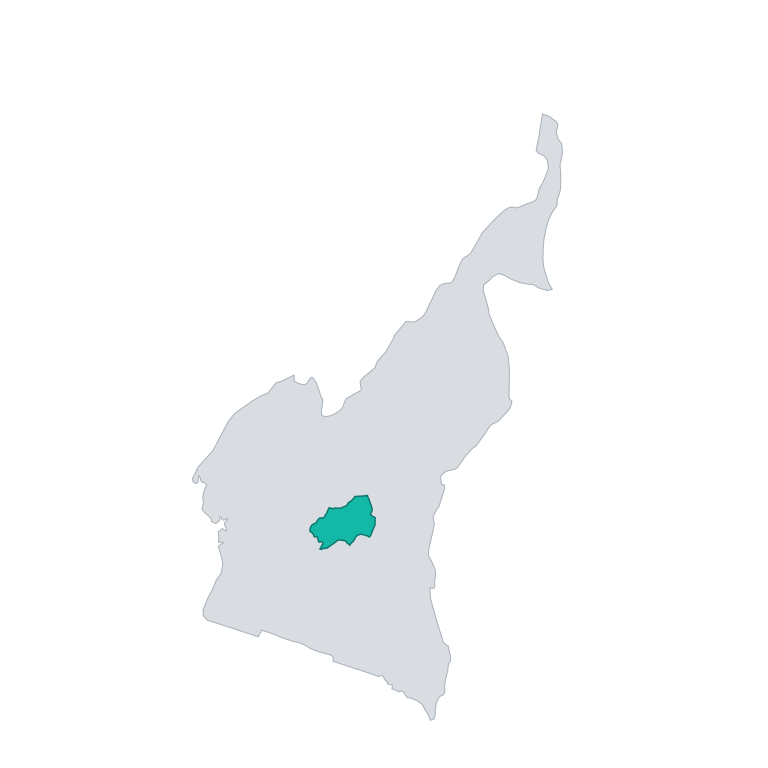 Haute-Sanaga, Centre, Cameroon shown in context, rotated 18°
{"feature_id": "32672807B25561230915667", "entity_name": "Haute-Sanaga", "entity_type": "district", "adm_level": 2, "iso_a3": "CMR", "parent_name": "Cameroon", "parent_adm1": "Centre", "projection": "equal_earth", "projection_center": [12.366, 4.679], "detail": "fine", "context": "in_parent", "style": "filled", "palette": "teal", "viewbox_px": 768, "rotation_deg": 18, "n_neighbors": 0, "source": "geoboundaries", "source_scale": "gbopen_adm2", "svg_char_len": 5038}
<svg xmlns="http://www.w3.org/2000/svg" viewBox="0 0 768 768"><g transform="rotate(18 384 384)"><path d="M232.1,523.9L233.2,519.7L241.9,500.1L247.3,468.7L249.8,461.4L252.3,456.4L264.9,439.8L269.5,434.4L276.3,428.3L281.1,416.1L282.8,414.8L284.9,413.8L295.6,403.4L296.6,405.4L297.3,407.9L298.1,409.0L301.6,409.8L306.4,409.8L309.1,409.1L310.6,407.0L312.1,401.2L313.0,400.1L314.1,399.8L319.3,403.8L327.9,415.2L330.1,417.2L331.1,419.4L332.9,429.8L334.0,432.3L335.9,433.4L339.2,432.7L342.7,430.9L345.8,428.2L348.8,424.8L350.9,421.7L351.8,419.5L352.2,411.0L352.9,409.2L364.1,397.0L363.9,395.8L362.0,392.4L360.4,388.6L362.0,384.7L363.8,381.7L370.3,371.6L370.7,364.2L375.9,352.7L378.9,337.4L378.9,334.4L385.7,317.7L392.8,316.1L395.6,313.8L398.8,309.6L400.8,305.7L401.7,302.1L402.5,294.9L403.7,286.8L404.5,279.7L406.6,273.2L410.2,269.9L416.4,267.1L417.3,265.8L418.2,261.5L419.1,247.0L420.1,240.6L425.9,233.3L428.4,222.0L430.6,210.2L437.1,195.8L444.7,181.6L448.3,177.8L451.2,176.0L454.7,175.8L457.0,174.8L465.2,167.7L468.6,165.3L471.1,162.8L471.8,160.7L472.0,157.5L471.2,150.2L472.6,144.8L473.4,136.5L473.7,130.0L473.4,127.7L471.9,123.9L469.4,119.9L465.3,117.4L459.7,116.8L456.7,115.3L455.6,107.8L455.2,103.1L451.3,78.4L458.4,78.4L467.0,81.4L469.2,83.6L470.3,92.1L473.5,96.9L478.9,100.8L482.3,109.0L483.7,121.4L486.8,128.8L487.4,130.0L491.7,144.0L492.0,150.4L491.6,154.8L493.4,160.2L490.8,169.4L490.0,175.1L489.8,183.0L491.4,197.0L494.0,207.8L496.7,216.6L499.7,223.4L504.7,230.9L509.9,237.8L514.8,242.1L510.3,244.6L501.5,244.9L496.5,243.5L494.1,243.4L491.7,244.3L482.3,245.6L472.9,245.0L464.1,243.3L458.8,243.6L454.7,247.7L451.4,254.0L448.2,259.0L449.3,264.5L451.7,267.5L456.2,274.2L460.3,280.7L462.4,285.1L470.5,294.6L478.4,303.2L482.1,306.1L483.5,306.8L487.7,311.7L493.7,319.7L499.1,332.3L506.8,357.5L508.4,359.6L511.0,360.9L511.3,363.6L511.2,367.6L510.4,370.8L504.3,384.0L499.0,389.1L497.4,392.2L495.5,399.8L490.6,414.8L488.6,416.9L483.8,427.1L479.9,439.9L478.9,441.9L477.3,443.5L471.7,446.7L469.8,448.2L467.0,452.3L466.6,454.8L467.9,458.5L469.5,461.4L472.5,461.4L474.0,464.2L474.1,484.0L472.7,487.0L472.8,488.4L472.1,491.8L471.9,495.6L472.4,497.2L473.5,498.4L475.0,501.1L475.9,507.2L477.8,528.7L478.7,532.1L480.3,534.5L485.2,539.1L490.4,545.2L492.0,549.2L493.0,555.7L494.9,560.8L494.9,562.5L494.1,563.2L490.9,563.6L492.0,567.3L494.6,573.8L507.8,593.7L520.5,611.5L523.5,612.8L525.7,613.2L526.6,614.3L527.8,616.8L532.0,623.3L532.8,627.0L531.9,630.6L532.9,636.1L533.6,638.1L533.3,639.9L533.8,646.7L535.0,652.6L536.9,657.6L536.6,661.2L534.2,663.2L532.7,666.4L532.3,671.0L533.1,676.6L535.0,683.2L535.0,687.1L531.9,689.6L528.6,685.1L524.8,682.1L519.2,676.8L513.6,674.9L506.3,674.5L503.1,675.2L497.7,670.9L496.0,670.3L493.5,672.1L491.9,672.1L489.8,671.5L485.7,671.5L485.3,668.5L484.6,667.9L480.1,668.1L478.7,665.6L478.1,665.9L476.3,665.1L472.7,661.5L468.9,663.9L461.0,663.6L421.3,663.5L420.4,660.1L418.4,658.4L414.8,658.2L404.3,658.9L396.2,658.4L390.8,657.0L384.0,656.2L375.7,656.9L367.2,656.8L352.0,655.9L343.5,656.0L343.7,658.1L343.2,659.6L342.7,663.2L288.8,663.2L284.4,660.7L283.1,659.1L282.7,656.2L281.7,655.8L282.5,643.1L284.3,632.6L285.1,622.8L287.6,614.1L286.3,605.4L284.7,601.7L276.6,589.4L280.3,584.7L275.4,585.4L274.3,580.8L271.9,575.4L273.4,574.5L274.8,571.5L279.3,572.4L279.1,570.9L275.3,566.4L275.7,564.0L277.3,561.5L276.5,560.4L273.7,563.0L271.7,563.0L270.2,561.2L269.1,560.9L269.7,564.5L268.2,567.6L266.7,568.7L264.2,568.5L262.2,567.7L261.6,565.9L259.7,564.6L254.3,562.3L249.7,559.6L248.8,552.1L247.0,548.9L246.3,545.2L245.9,541.1L246.5,534.7L245.4,533.7L244.1,533.3L242.1,533.6L240.3,533.3L238.1,529.7L236.2,528.4L237.4,534.9L236.1,536.7L232.8,536.2L231.4,533.7L231.1,531.9L232.7,524.0L232.1,523.9Z" fill="#d9dde1" stroke="#a8b0b8" stroke-width="1"/><path d="M417.2,534.1L418.1,532.5L418.6,524.1L418.7,523.6L419.0,520.8L416.8,513.8L414.3,513.4L411.3,512.1L411.6,509.5L411.8,507.6L410.9,505.8L409.0,503.0L407.4,501.1L404.9,497.7L402.9,495.9L402.7,495.2L398.5,497.1L391.0,500.0L390.9,501.0L389.7,504.0L388.2,506.2L386.8,507.8L386.2,510.8L385.4,511.8L383.0,513.9L381.2,515.4L378.6,516.4L375.8,517.0L374.2,518.4L373.8,518.7L372.3,518.3L369.9,518.9L369.6,522.3L369.4,524.4L369.3,525.0L368.8,526.4L368.6,527.0L368.4,528.9L367.4,530.3L366.6,530.6L364.6,531.2L364.2,531.6L363.8,531.9L362.9,534.3L362.2,537.2L360.6,538.5L359.9,539.3L358.8,540.8L358.4,543.6L358.4,544.2L359.1,546.9L360.3,547.4L362.0,547.9L363.4,549.0L363.6,549.3L364.5,550.4L364.6,550.6L365.2,550.9L366.5,550.2L367.3,549.9L368.0,550.2L368.7,551.3L369.9,553.3L370.0,553.5L370.7,554.1L371.7,554.4L371.8,554.3L372.7,553.6L373.3,553.1L374.2,553.2L375.2,554.4L375.1,555.3L374.6,557.4L374.6,557.9L374.4,559.8L374.0,560.6L375.6,560.7L376.8,559.4L377.0,559.3L378.6,558.6L380.7,557.5L385.5,551.0L386.5,549.6L388.2,547.0L388.4,546.8L390.5,545.9L396.1,545.0L397.3,546.3L401.4,547.8L401.7,545.9L403.2,543.6L404.1,540.0L404.6,537.6L405.5,536.1L408.7,533.7L408.9,533.7L410.3,534.0L412.1,533.5L413.5,533.8L415.4,533.5L417.2,534.1Z" fill="#14b8a6" stroke="#0f766e" stroke-width="1.5"/></g></svg>